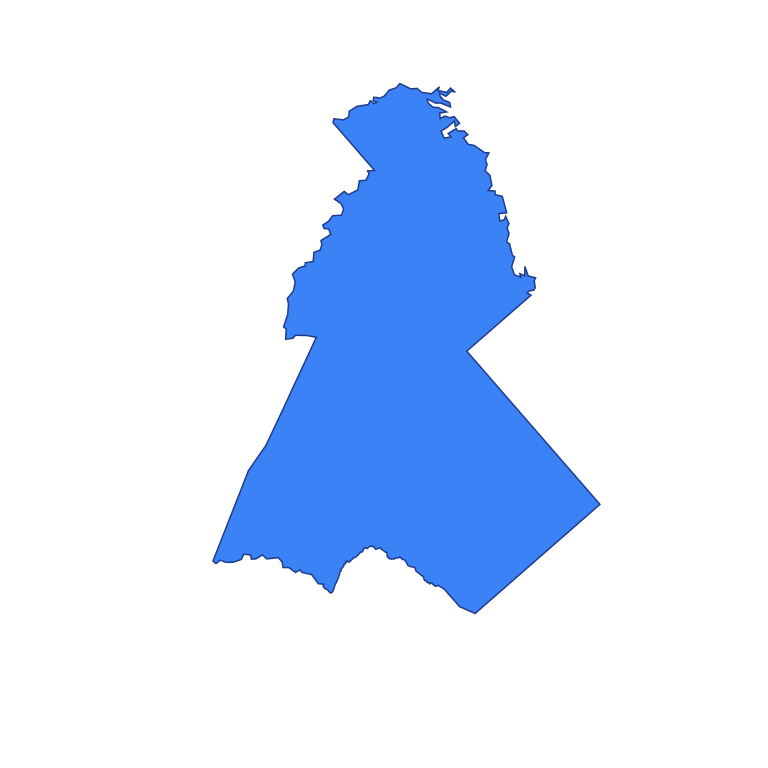 outline of Gila, Arizona, United States of America, rotated 49°
{"feature_id": "52423323B99315051552268", "entity_name": "Gila", "entity_type": "district", "adm_level": 2, "iso_a3": "USA", "parent_name": "United States of America", "parent_adm1": "Arizona", "projection": "robinson", "projection_center": [-110.874, 33.741], "detail": "fine", "context": "isolated", "style": "filled", "palette": "blue", "viewbox_px": 768, "rotation_deg": 49, "n_neighbors": 0, "source": "geoboundaries", "source_scale": "gbopen_adm2", "svg_char_len": 3542}
<svg xmlns="http://www.w3.org/2000/svg" viewBox="0 0 768 768"><g transform="rotate(49 384 384)"><path d="M196.1,147.2L196.1,157.7L188.9,164.1L182.5,165.2L178.9,170.1L167.7,174.9L168.4,180.7L165.6,187.2L166.9,194.9L165.4,200.2L163.6,200.9L160.9,203.7L163.2,206.3L166.6,204.5L166.0,207.5L161.2,208.4L162.8,212.6L156.7,222.2L155.3,231.3L159.3,235.3L158.0,241.4L151.0,247.8L153.3,251.0L216.7,251.1L212.4,256.6L215.6,257.4L218.4,263.9L214.5,269.3L220.3,276.5L217.8,286.7L212.5,287.7L212.0,300.1L219.7,298.1L225.5,299.7L228.7,305.4L223.3,312.3L224.8,318.9L223.9,326.0L227.5,327.2L230.7,324.0L236.2,326.1L234.3,337.4L238.2,339.6L241.0,344.4L238.7,350.5L245.1,357.1L240.9,363.8L243.1,366.2L240.4,372.4L241.1,381.0L248.6,383.9L254.3,391.2L256.1,401.0L260.9,403.5L268.3,411.0L275.0,422.3L278.3,421.7L285.7,428.8L289.7,422.9L289.2,418.8L297.0,410.2L304.4,404.5L330.1,462.0L335.1,473.0L352.8,513.1L358.0,533.5L360.4,543.0L405.4,629.2L409.3,628.7L409.7,623.0L414.7,620.4L419.4,615.1L422.8,606.8L420.4,601.3L425.7,596.8L429.2,599.0L431.9,595.4L433.3,587.9L439.1,587.2L445.7,577.7L451.4,577.6L456.3,580.6L460.1,576.3L468.2,574.4L469.2,569.3L472.3,569.6L480.4,563.6L491.6,564.6L495.5,560.9L495.7,561.1L496.7,562.6L499.4,562.9L501.2,561.9L503.3,561.6L505.0,561.8L506.8,561.3L507.2,560.1L506.6,557.8L503.3,552.4L502.0,548.8L498.8,543.1L498.2,542.0L496.6,540.5L496.8,538.9L495.4,537.6L495.5,535.9L494.7,533.3L493.8,532.5L494.2,531.3L493.8,529.6L493.3,529.6L493.1,528.4L494.3,527.8L495.3,527.5L495.7,526.2L495.5,525.8L495.5,524.2L495.4,522.6L495.1,521.0L496.1,519.2L496.0,516.9L495.9,515.1L495.6,513.1L495.7,511.8L496.5,510.4L495.9,508.8L495.2,507.8L494.7,506.3L495.8,505.4L497.0,504.8L497.2,504.0L497.1,503.3L497.0,501.7L498.8,499.4L500.6,498.5L502.0,498.6L502.8,498.9L503.7,498.0L504.1,496.6L504.8,494.9L505.7,494.3L506.8,494.4L509.1,493.7L511.6,493.4L512.3,492.6L513.4,492.6L514.5,493.6L517.0,494.9L517.8,494.6L519.6,494.4L521.2,493.1L521.9,491.6L522.4,491.6L523.1,490.1L523.2,488.6L524.7,487.2L524.6,485.7L526.5,485.3L528.5,485.2L530.4,483.7L533.0,484.2L534.7,484.4L536.4,485.0L538.4,484.4L540.5,482.7L542.4,481.2L543.7,481.6L546.4,482.6L549.0,482.0L551.8,481.4L553.4,481.4L554.4,480.6L556.4,481.3L557.5,481.8L559.2,482.2L559.7,481.3L560.7,481.1L561.2,481.6L562.5,481.4L563.5,480.4L564.7,480.7L565.1,480.0L564.8,479.1L566.2,478.1L566.6,478.6L567.7,478.5L568.3,478.2L569.9,478.2L571.3,476.6L571.3,475.3L578.2,473.1L583.1,473.1L595.7,473.0L596.4,473.0L601.8,473.0L617.0,465.8L616.9,455.1L616.9,437.1L616.5,300.0L413.5,300.0L413.4,214.8L409.1,216.2L409.2,215.3L408.9,213.5L409.1,212.9L410.3,211.6L410.4,210.6L411.2,209.7L411.5,209.6L410.6,206.8L404.7,202.9L403.3,199.9L397.1,204.3L387.7,200.6L394.6,206.7L389.9,209.1L393.1,210.7L387.2,214.0L379.2,210.7L373.9,202.1L371.0,202.6L360.6,197.3L357.1,198.2L352.5,190.9L346.7,188.6L345.0,184.5L337.2,182.2L339.0,185.4L337.0,189.6L330.7,185.7L335.3,179.1L319.9,171.6L314.0,176.0L311.2,173.6L306.3,178.5L304.9,172.3L296.1,167.2L289.4,167.8L286.0,162.2L281.2,160.3L278.4,153.2L275.4,156.3L263.1,159.4L258.4,163.2L250.3,162.5L250.9,157.2L245.6,157.6L241.1,162.5L238.7,162.0L237.0,171.2L241.6,171.2L237.8,177.3L230.6,175.0L231.8,167.8L231.7,158.4L236.5,161.3L236.8,155.9L228.3,155.6L226.0,159.9L221.7,162.3L220.5,167.5L216.1,164.2L219.7,158.3L211.0,161.6L207.5,165.4L200.7,166.4L197.3,164.4L206.1,160.6L208.7,157.2L218.6,152.0L214.7,149.8L208.5,152.8L203.5,152.8L200.7,151.3L207.5,148.5L207.2,140.7L210.5,138.8L204.3,139.7L205.1,145.3L197.7,150.8L196.1,147.2Z" fill="#3b82f6" stroke="#1e3a8a" stroke-width="1.5"/></g></svg>